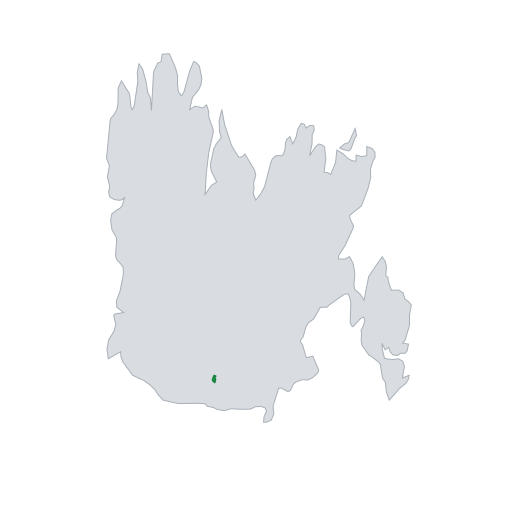 location of Leixlip Lea-3, Kildare, Ireland, rotated 108°
{"feature_id": "5873133B28056966648510", "entity_name": "Leixlip Lea-3", "entity_type": "district", "adm_level": 2, "iso_a3": "IRL", "parent_name": "Ireland", "parent_adm1": "Kildare", "projection": "equal_earth", "projection_center": [-6.507, 53.374], "detail": "fine", "context": "in_parent", "style": "filled", "palette": "green", "viewbox_px": 512, "rotation_deg": 108, "n_neighbors": 0, "source": "geoboundaries", "source_scale": "gbopen_adm2", "svg_char_len": 4545}
<svg xmlns="http://www.w3.org/2000/svg" viewBox="0 0 512 512"><g transform="rotate(108 256 256)"><path d="M332.8,98.1L321.1,104.0L319.2,106.2L315.9,115.2L315.5,117.8L308.0,127.8L303.8,129.9L297.6,131.5L294.1,133.1L289.6,132.3L284.0,132.5L281.2,134.3L281.3,135.6L283.0,137.2L293.3,141.9L292.7,143.8L289.8,146.0L271.0,151.4L265.5,154.7L263.5,156.9L265.4,160.5L280.2,171.4L282.7,172.6L284.9,179.0L298.0,181.7L303.4,185.6L308.0,186.6L318.1,186.2L322.2,187.7L324.5,186.6L325.8,184.5L337.2,176.7L333.7,171.0L345.1,161.1L348.2,161.2L353.6,164.2L358.0,168.4L359.4,174.0L363.5,179.1L366.2,180.8L373.4,181.8L375.1,183.8L373.8,191.1L374.9,193.6L393.4,193.4L400.8,190.2L407.2,190.8L410.4,194.0L411.8,197.4L406.3,198.7L400.5,198.0L397.7,200.2L397.5,204.5L399.5,210.0L403.3,213.9L406.4,222.8L409.0,232.6L413.0,238.6L413.9,245.9L413.3,249.6L414.0,256.1L412.3,258.4L413.6,264.5L420.4,284.4L421.8,299.9L418.5,305.7L414.1,311.2L411.1,317.8L408.9,324.9L407.6,336.4L397.9,349.8L393.7,353.2L388.9,355.2L399.4,364.7L390.8,368.9L381.5,370.2L371.1,367.8L364.7,368.1L356.4,373.0L354.6,372.1L350.7,364.4L347.8,372.4L341.9,374.9L331.6,374.4L314.5,376.5L307.9,378.8L305.2,382.4L303.1,386.5L300.4,389.0L297.4,390.2L284.2,393.3L281.6,394.5L275.4,401.2L267.3,405.1L260.6,406.2L254.8,402.3L252.4,400.0L249.6,398.8L240.6,399.0L243.4,400.2L245.2,402.9L246.1,408.2L245.0,413.4L240.5,416.0L235.1,416.5L226.6,421.8L215.4,423.3L209.3,428.3L172.2,436.6L170.1,436.7L165.1,434.6L159.6,433.6L154.0,434.3L138.5,439.0L131.0,438.1L140.8,426.4L153.7,420.6L155.1,419.0L150.9,418.2L126.5,422.3L117.9,425.7L109.4,426.7L113.5,421.4L124.6,414.2L134.1,409.4L138.3,405.2L149.9,400.4L112.6,410.3L102.9,409.1L100.7,406.3L93.1,407.6L90.4,400.9L101.9,390.7L108.5,386.4L116.3,384.0L123.8,380.6L126.7,376.5L123.2,375.2L100.9,376.2L90.2,375.4L90.8,372.1L92.9,368.5L104.1,362.3L110.2,361.3L115.5,361.9L124.9,365.5L137.4,364.3L132.3,360.4L131.6,352.3L127.6,349.7L132.8,345.9L138.7,343.7L148.7,336.0L152.2,334.8L171.6,333.0L192.5,328.9L213.2,323.4L202.7,320.3L197.7,316.2L189.4,324.5L183.5,327.6L166.9,329.3L161.6,328.4L154.3,325.8L152.0,326.8L149.8,328.8L138.7,332.9L127.2,333.8L140.8,326.4L158.0,313.7L161.9,309.7L167.4,302.8L165.8,299.7L162.4,298.0L174.9,283.8L179.3,281.2L187.2,280.8L193.0,278.5L195.5,278.5L197.8,277.7L203.0,273.4L195.2,270.7L187.2,269.3L162.3,270.8L159.0,270.5L155.9,269.2L154.0,267.3L152.6,262.5L150.8,261.4L145.1,261.4L139.6,262.9L135.7,262.7L132.0,260.6L138.1,255.7L130.4,254.6L122.5,255.5L115.9,254.0L115.8,250.9L118.8,247.9L115.0,245.0L114.3,241.3L118.5,239.5L123.0,240.1L132.3,237.3L144.2,236.0L134.1,233.3L130.1,231.0L130.0,227.5L130.9,224.5L142.8,219.4L155.3,217.2L154.5,213.9L155.4,210.2L142.8,209.2L130.3,211.8L131.8,204.9L134.9,198.6L135.6,194.5L135.1,190.1L129.2,192.0L128.7,185.8L126.3,181.6L117.6,184.5L117.9,178.9L120.5,175.0L125.1,173.3L129.6,174.1L137.9,174.0L146.0,171.1L157.5,170.3L175.9,171.2L188.4,179.5L191.7,178.0L196.9,172.8L199.3,172.2L218.3,174.5L230.1,177.5L233.3,176.6L231.7,170.8L227.7,166.8L232.9,161.5L239.2,158.0L243.4,156.2L253.0,154.0L257.2,151.9L260.1,145.2L264.6,139.6L240.5,142.5L217.7,135.8L221.4,131.2L226.3,128.5L234.6,126.5L235.4,124.0L239.7,122.0L246.7,116.7L244.3,109.7L245.7,104.6L250.7,101.3L252.4,96.6L254.6,93.1L264.8,91.8L274.6,88.6L289.6,88.2L293.5,89.5L292.7,83.7L299.7,83.0L302.5,84.1L303.7,88.2L306.9,90.8L307.8,95.3L305.6,98.8L302.0,101.5L305.3,104.2L300.1,109.2L305.7,107.0L313.6,102.2L313.2,98.2L311.9,93.2L309.7,88.7L310.8,83.8L315.2,80.7L326.8,79.1L322.1,73.5L326.3,73.0L330.9,74.2L337.6,78.5L351.9,84.7L344.9,90.1L336.3,93.9L332.8,98.1ZM127.8,207.1L127.4,209.8L122.0,206.4L119.4,202.8L104.2,201.1L110.6,197.5L113.7,198.5L124.4,198.7L127.4,200.2L127.8,207.1Z" fill="#d9dde1" stroke="#a8b0b8" stroke-width="1"/><path d="M385.5,256.4L385.2,256.9L385.3,256.9L385.2,257.0L384.9,257.1L384.7,257.2L384.6,257.3L384.4,257.4L384.3,257.5L384.0,257.5L383.9,257.6L383.9,257.8L383.7,258.0L383.6,257.9L383.6,257.7L383.3,257.6L383.0,257.7L382.7,257.4L382.6,257.9L382.7,258.0L382.6,258.6L382.8,258.7L382.5,258.9L382.4,258.7L382.0,258.7L382.4,258.8L382.6,258.9L382.9,258.9L384.9,259.2L385.7,259.2L386.8,259.2L386.8,258.9L386.9,258.7L387.0,258.7L387.3,258.7L388.0,258.7L388.1,258.3L388.2,258.0L388.4,257.2L388.5,257.1L388.6,256.6L388.9,256.7L389.1,256.3L388.9,256.2L388.8,256.3L388.7,256.3L388.3,256.3L388.1,256.3L387.7,256.3L387.8,256.2L387.7,256.2L387.4,256.1L387.2,256.2L387.3,256.4L387.0,256.3L387.0,256.5L386.8,256.5L386.6,256.7L386.3,256.6L386.1,256.5L385.7,256.5L385.5,256.4Z" fill="#22c55e" stroke="#15803d" stroke-width="1.5"/></g></svg>